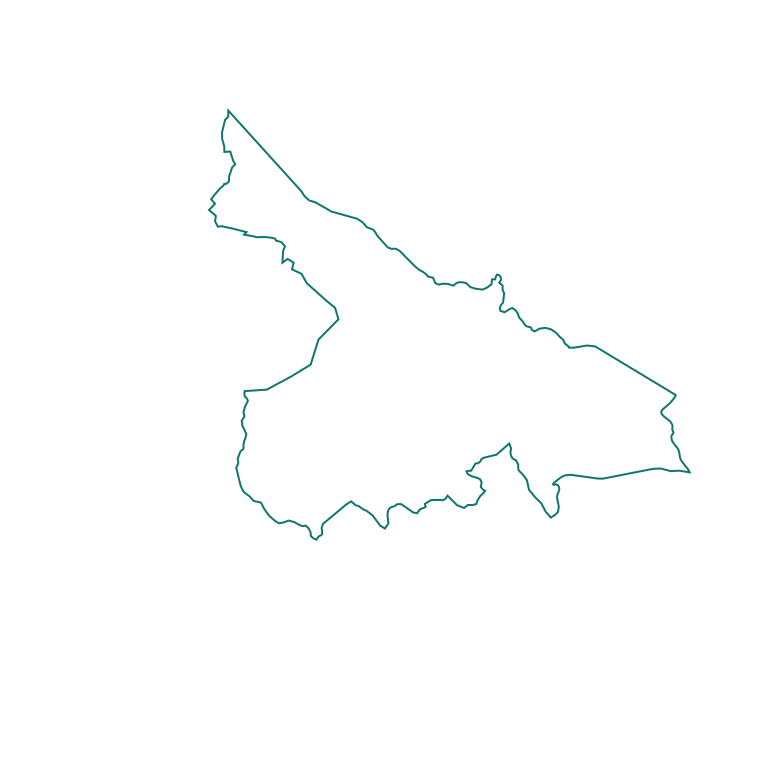 Assaba, Natural Earth projection, rotated 309°
{"feature_id": "MRT-2789", "entity_name": "Assaba", "entity_type": "Region", "adm_level": 1, "iso_a3": "MRT", "parent_name": "Mauritania", "parent_adm1": "", "projection": "natural_earth1", "projection_center": [-11.553, 16.707], "detail": "fine", "context": "isolated", "style": "outline", "palette": "teal", "viewbox_px": 768, "rotation_deg": 309, "n_neighbors": 0, "source": "natural_earth", "source_scale": "10m", "svg_char_len": 3834}
<svg xmlns="http://www.w3.org/2000/svg" viewBox="0 0 768 768"><g transform="rotate(309 384 384)"><path d="M507.7,677.1L502.5,668.1L496.7,661.6L492.4,652.1L487.4,646.5L448.0,613.5L445.1,609.7L430.7,585.9L426.7,582.0L423.1,580.3L414.2,578.2L412.8,578.4L412.3,578.5L412.6,579.3L413.0,579.9L413.5,580.3L414.2,580.8L414.5,581.7L414.7,582.6L414.5,583.6L414.2,584.5L412.8,586.3L411.0,587.2L406.8,588.6L404.3,590.3L398.7,597.0L394.2,599.7L390.0,599.4L385.8,597.8L385.2,597.7L386.5,590.0L390.2,581.6L391.2,572.3L393.1,563.2L399.1,555.7L400.5,551.1L401.3,546.7L401.4,544.2L402.3,541.9L405.9,538.9L407.8,534.4L407.3,532.7L407.1,530.6L408.2,527.9L410.0,525.6L414.0,523.2L416.5,518.8L399.9,515.9L389.0,507.6L386.7,507.1L384.4,507.6L381.7,507.0L379.7,505.1L371.5,506.3L369.8,504.5L368.0,503.1L366.7,506.0L367.5,510.3L369.2,514.2L370.5,518.2L369.4,521.2L367.2,522.9L365.0,523.9L364.2,526.9L364.6,529.8L361.3,529.8L357.1,529.3L352.7,529.9L348.7,531.2L345.8,529.2L342.8,525.3L338.1,524.3L335.8,517.0L337.2,503.7L333.7,504.0L330.8,503.0L329.0,500.2L323.5,493.7L316.6,491.2L315.6,492.5L314.9,493.6L312.3,492.7L309.8,490.9L304.3,491.0L302.5,487.4L301.5,473.0L299.1,470.0L295.5,469.0L293.0,467.2L290.3,466.4L287.1,467.4L284.3,469.2L278.5,475.1L272.3,475.7L271.5,470.2L274.7,457.7L274.5,450.2L273.6,447.3L273.1,441.0L271.9,438.1L272.1,432.3L266.3,430.4L236.7,424.6L232.8,426.2L229.3,429.9L227.1,430.4L225.1,429.4L222.5,429.2L220.4,429.4L219.7,426.2L219.8,423.0L222.8,419.9L224.5,415.8L224.6,412.2L222.1,409.9L221.0,405.8L220.3,401.4L217.9,395.9L213.2,393.0L209.7,390.2L209.0,385.8L209.3,377.6L211.4,370.0L214.4,363.0L211.1,356.4L212.1,350.1L211.8,343.6L213.1,339.8L214.8,336.5L225.9,321.9L230.6,320.7L232.4,319.0L233.7,317.4L240.7,315.0L242.7,315.0L244.7,315.6L246.6,314.5L248.3,313.1L251.2,311.4L254.4,310.5L258.6,308.4L262.7,299.8L266.1,296.5L270.9,295.9L273.8,292.5L278.9,290.2L284.9,289.0L286.4,287.0L286.7,283.7L288.4,281.7L290.8,280.2L305.8,296.4L330.8,306.9L352.9,314.8L377.4,305.1L405.6,307.9L412.4,298.1L412.5,286.2L413.7,260.7L417.7,250.5L415.2,240.4L421.4,237.4L420.6,230.4L414.3,228.7L419.0,225.4L423.9,221.9L428.7,220.4L429.7,214.9L427.4,209.8L428.3,208.6L428.2,207.2L426.6,204.1L423.7,199.5L417.9,192.6L417.0,190.3L412.0,181.3L415.5,181.5L409.7,168.9L405.8,161.2L405.0,159.3L401.8,155.9L404.0,150.4L408.9,147.5L409.1,138.5L417.8,139.2L418.7,133.5L423.2,133.2L433.0,133.5L437.3,134.4L438.9,133.9L440.3,135.5L443.9,136.0L447.8,133.0L456.8,129.7L461.1,130.1L462.5,126.5L467.9,118.2L463.9,113.9L468.1,110.3L472.9,103.7L477.9,99.6L489.2,94.3L493.7,94.7L498.5,90.9L481.8,198.4L479.9,204.4L479.6,210.4L482.0,216.3L485.0,234.8L495.5,259.0L496.2,265.4L495.1,272.0L497.2,278.6L496.3,282.1L495.0,285.5L492.5,301.1L493.8,304.9L496.4,307.7L497.3,312.3L494.9,334.3L494.9,339.4L495.7,344.3L495.8,347.5L495.3,350.8L497.4,355.2L496.2,357.8L494.7,360.2L495.7,364.1L499.0,366.6L502.3,371.2L503.1,373.9L504.3,376.2L507.2,376.5L510.1,378.0L512.5,381.0L514.1,384.2L513.7,390.3L516.0,395.8L519.3,401.1L523.9,403.5L526.4,404.0L529.0,404.8L533.4,402.1L535.2,404.5L537.8,403.4L540.0,402.9L540.9,404.5L540.8,406.9L538.8,409.4L535.2,409.8L535.1,414.3L531.7,417.0L530.2,420.2L522.2,425.3L519.0,425.2L516.2,426.1L514.1,428.3L515.6,432.5L521.9,434.7L523.9,436.0L524.1,439.9L522.9,443.8L521.6,445.6L520.6,447.6L519.9,452.7L518.9,455.3L518.4,458.1L520.4,462.4L519.1,464.9L519.6,467.9L524.8,470.0L529.2,474.0L531.6,479.4L532.1,485.6L531.3,490.5L531.1,495.7L529.3,498.8L529.3,503.9L528.7,505.0L531.8,508.8L541.7,517.6L546.1,524.5L559.0,617.6L558.6,617.9L555.5,618.4L549.1,618.3L539.7,616.6L537.1,616.8L535.4,618.7L534.9,622.2L535.1,629.7L533.8,633.6L532.6,634.9L530.1,636.6L528.4,639.6L527.1,639.8L525.5,639.8L523.8,640.5L521.3,643.3L520.2,646.3L518.7,653.0L517.0,656.1L512.8,660.7L511.4,663.6L509.0,674.0L507.7,677.1Z" fill="none" stroke="#0f766e" stroke-width="2"/></g></svg>